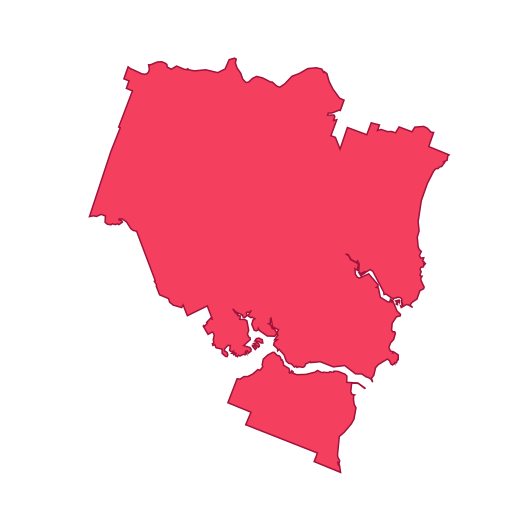 Devonport, Tasmania, Australia, rotated 101°
{"feature_id": "25037944B44278737612916", "entity_name": "Devonport", "entity_type": "district", "adm_level": 2, "iso_a3": "AUS", "parent_name": "Australia", "parent_adm1": "Tasmania", "projection": "robinson", "projection_center": [146.333, -41.213], "detail": "fine", "context": "isolated", "style": "filled", "palette": "rose", "viewbox_px": 512, "rotation_deg": 101, "n_neighbors": 0, "source": "geoboundaries", "source_scale": "gbopen_adm2", "svg_char_len": 6070}
<svg xmlns="http://www.w3.org/2000/svg" viewBox="0 0 512 512"><g transform="rotate(101 256 256)"><path d="M86.2,199.3L85.2,204.0L77.4,212.4L70.8,217.5L63.4,221.2L62.0,224.2L62.9,224.5L60.0,227.1L59.7,232.6L62.1,240.9L68.5,248.2L72.7,255.0L81.4,260.5L85.8,264.8L85.2,268.2L82.1,273.3L82.4,275.0L79.9,283.6L79.6,289.6L82.0,293.0L86.7,296.5L87.6,298.9L84.9,302.8L79.6,305.8L75.1,310.4L70.4,313.1L66.5,313.0L65.9,314.8L68.4,319.8L78.3,322.0L83.3,328.5L82.8,341.0L86.0,351.6L86.1,356.9L85.2,358.8L85.9,359.4L86.1,358.0L86.4,362.0L84.7,370.2L88.8,374.8L87.4,379.3L85.0,380.0L84.0,382.0L83.3,385.7L84.4,389.9L88.5,396.2L88.8,397.9L93.1,396.3L95.5,396.5L97.5,397.5L98.8,399.5L98.9,403.0L95.8,415.6L94.7,417.6L107.3,419.5L108.3,414.1L116.2,415.2L117.5,408.8L155.7,415.4L156.0,413.7L181.2,418.4L249.1,427.0L247.6,423.3L247.6,420.1L244.7,416.0L245.4,411.5L251.7,410.6L253.2,407.9L253.0,404.2L251.8,403.2L252.0,400.0L250.8,398.1L251.4,396.6L248.3,393.6L247.0,394.5L246.7,397.4L245.8,397.5L245.2,394.2L247.3,389.5L252.9,384.3L254.3,381.6L254.5,377.9L299.4,350.2L300.2,351.0L303.1,348.2L304.8,348.1L312.5,343.2L314.5,333.7L317.8,332.0L320.0,327.9L320.8,319.1L318.0,318.2L327.7,312.0L314.3,294.3L326.9,286.5L325.4,288.5L330.6,291.8L331.2,290.9L334.9,293.2L334.2,294.0L334.9,294.4L342.1,288.1L339.0,284.5L339.2,283.6L341.7,281.9L346.4,282.0L349.4,280.8L350.4,282.1L352.0,281.3L351.0,279.5L353.7,277.7L353.9,271.5L358.0,270.7L360.4,266.7L360.2,265.1L358.3,264.8L356.2,266.0L354.9,269.0L353.3,269.1L349.0,266.5L349.2,264.2L348.0,264.1L353.9,263.9L354.7,261.5L353.7,259.9L355.1,259.9L355.5,256.2L355.3,260.3L356.1,261.0L355.9,259.6L356.7,259.3L355.9,258.9L356.8,258.0L356.2,257.8L358.1,256.6L357.5,255.7L358.3,255.0L356.7,254.0L357.2,252.6L354.9,249.6L355.1,247.9L352.8,248.0L353.7,246.7L351.3,247.7L350.6,246.3L353.0,245.1L350.5,242.8L348.4,243.0L347.0,244.4L346.3,251.0L339.2,245.7L337.4,246.2L336.9,247.7L334.3,249.5L330.3,249.0L321.3,252.6L320.5,255.2L321.3,260.0L317.9,259.7L318.0,262.6L317.1,262.4L315.5,265.7L312.3,268.7L314.8,265.0L316.5,258.1L318.7,256.8L318.6,255.3L315.9,253.4L313.8,254.6L312.7,253.8L312.6,251.5L310.1,250.2L316.3,252.5L317.6,249.1L316.8,248.3L317.8,245.1L319.4,246.8L323.9,247.1L329.1,243.7L329.5,241.6L328.3,239.9L326.6,239.9L328.6,238.2L332.4,229.7L331.2,222.3L328.9,221.1L329.1,219.9L324.7,223.4L323.9,226.4L321.1,228.1L320.1,230.4L319.8,229.1L314.7,229.8L314.1,229.4L322.4,226.2L324.1,219.8L326.6,220.7L329.8,219.6L334.8,221.8L334.2,219.3L337.0,221.6L340.1,221.7L342.7,217.4L344.9,216.6L343.2,215.5L347.7,209.6L353.4,206.2L355.0,203.6L355.2,200.6L357.7,197.0L356.5,195.7L357.6,194.5L356.3,192.7L357.0,191.9L356.4,192.2L356.4,188.8L355.2,187.2L352.5,186.7L349.5,182.4L350.2,181.9L347.5,172.8L350.1,158.9L346.6,148.0L352.7,135.8L351.6,129.6L353.6,125.0L354.0,122.0L355.0,119.5L357.6,117.4L353.9,119.3L350.6,117.6L342.8,117.3L339.2,115.2L332.0,107.3L333.5,104.8L336.3,102.9L336.9,101.2L335.1,99.7L335.4,99.2L334.1,99.4L334.0,97.8L330.6,97.3L330.6,96.6L326.0,97.5L324.2,101.6L325.0,103.3L323.8,103.0L323.6,105.9L320.6,108.1L315.6,107.3L311.6,104.9L305.3,104.4L303.9,105.4L304.3,107.3L302.8,108.8L296.0,109.5L288.9,106.5L287.3,103.0L285.7,103.0L283.2,107.0L273.9,113.2L273.0,115.3L275.0,114.3L274.2,115.9L275.6,115.9L275.9,117.8L272.8,126.1L264.1,129.7L263.7,131.9L262.6,130.4L260.9,130.8L252.0,142.0L258.0,150.3L257.4,152.6L254.8,155.1L249.6,156.4L250.7,153.8L244.1,154.0L241.5,162.5L237.9,165.2L237.0,168.5L237.0,165.7L241.1,162.2L242.9,157.3L242.6,155.7L241.5,155.3L244.3,153.1L250.5,152.5L253.0,151.1L253.0,149.6L251.5,147.4L252.7,147.7L252.7,146.5L251.1,145.2L250.9,146.7L250.0,144.0L247.6,141.6L248.6,138.5L267.1,123.7L269.4,123.0L268.6,121.0L272.2,112.8L271.0,112.4L270.1,109.4L270.2,110.3L269.4,109.2L269.3,106.5L270.2,104.8L275.3,103.7L274.7,103.2L275.9,102.7L277.8,102.7L277.4,104.5L278.9,103.6L275.0,99.2L274.9,97.2L276.6,92.4L274.8,95.4L271.8,94.1L267.6,89.8L258.8,88.5L256.2,85.2L254.4,85.0L248.9,89.1L246.8,90.0L244.1,89.1L244.2,90.6L243.2,91.5L240.0,90.8L237.9,92.4L235.8,92.1L234.7,89.6L232.1,89.6L232.4,88.8L231.2,88.3L231.0,89.8L230.1,89.4L229.2,91.4L225.7,91.0L226.6,93.9L224.4,95.7L220.0,94.6L218.3,97.2L215.6,98.7L206.8,101.3L200.3,100.7L191.3,103.4L170.1,104.3L152.4,101.7L138.7,97.8L135.8,96.0L135.5,93.9L133.6,93.0L132.8,90.9L128.2,88.7L127.8,89.7L125.6,86.7L121.0,86.8L119.9,85.8L115.6,107.3L100.9,105.2L101.0,107.8L97.8,112.4L96.8,116.1L99.2,124.7L104.3,126.6L102.0,140.2L108.4,142.5L107.9,146.9L108.8,150.6L107.9,157.4L109.6,160.7L103.8,159.8L103.3,168.3L115.8,170.4L112.4,190.8L135.0,193.9L124.4,200.7L123.6,205.4L106.8,202.7L108.2,205.8L104.2,205.2L102.7,206.4L104.1,212.6L101.9,212.3L101.2,208.9L96.9,202.1L97.1,201.0L86.2,199.3ZM452.3,131.7L445.3,134.2L444.9,134.5L445.3,135.0L444.8,135.6L442.2,136.8L445.1,134.9L441.0,134.8L437.9,137.3L435.2,138.1L417.2,139.8L412.4,135.9L402.6,130.4L397.3,128.7L385.9,128.9L383.0,131.3L378.4,132.9L374.3,133.5L373.6,132.7L373.5,135.4L371.1,137.1L362.5,137.8L361.6,131.4L365.5,123.4L364.8,123.9L361.2,131.7L362.7,142.8L356.5,143.9L355.0,146.1L353.6,153.5L354.2,157.5L355.3,157.8L355.6,161.6L356.6,162.4L357.3,168.2L357.5,167.3L357.8,169.7L356.6,173.8L358.7,175.8L362.7,184.4L364.7,193.3L364.0,197.6L362.7,197.4L361.8,198.9L363.9,199.3L364.5,200.4L363.9,201.3L362.9,200.8L360.1,202.2L358.0,208.0L354.9,209.1L352.9,210.7L353.4,211.2L350.6,212.8L349.4,214.6L349.7,216.1L347.1,219.8L347.4,221.2L350.9,225.5L355.9,229.2L361.7,229.2L363.5,228.2L367.4,230.3L367.1,232.5L372.4,236.6L375.9,241.1L376.6,244.8L379.9,248.1L380.1,251.1L405.4,255.6L410.3,231.1L423.6,233.9L437.7,158.1L446.7,159.7L452.3,131.7ZM339.5,236.7L340.4,234.4L340.1,232.7L337.0,233.9L336.0,237.5L337.0,239.8L339.7,241.0L339.5,236.7ZM340.9,238.6L342.3,241.5L345.0,236.1L343.7,235.4L341.5,236.7L340.9,238.6ZM271.9,107.1L273.4,110.4L274.2,109.3L276.6,109.1L276.8,107.8L274.2,108.2L273.5,107.2L274.4,106.2L272.4,106.3L271.9,107.1ZM344.3,242.5L345.1,242.4L348.0,238.9L346.0,237.8L344.1,241.3L344.3,242.5ZM253.2,151.4L255.4,149.3L253.4,147.4L252.6,148.1L253.3,150.1L253.2,151.4Z" fill="#f43f5e" stroke="#9f1239" stroke-width="1.5"/></g></svg>